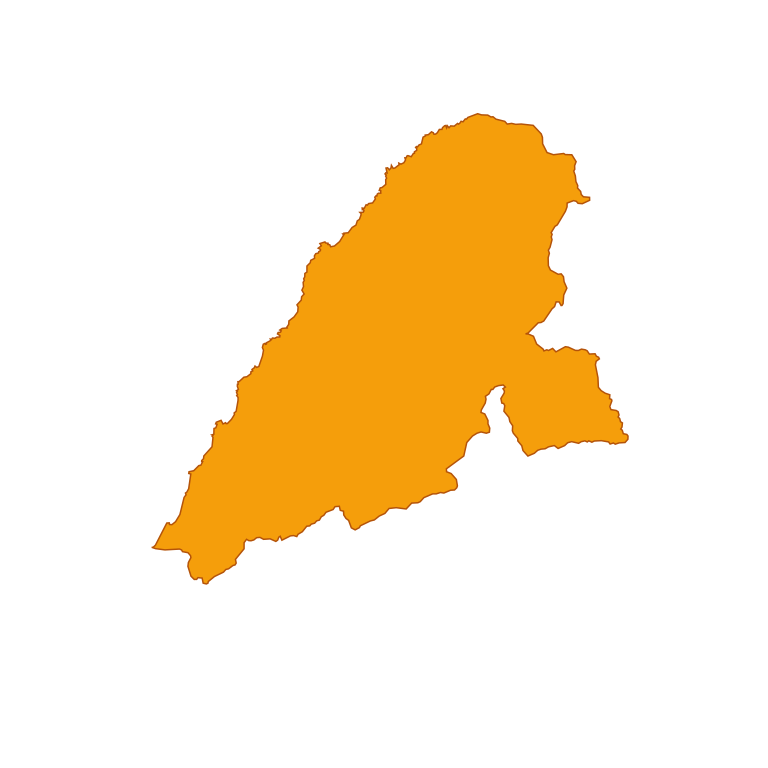 outline of Huarmey, Áncash, Peru, rotated 56°
{"feature_id": "86281439B24455260096548", "entity_name": "Huarmey", "entity_type": "district", "adm_level": 2, "iso_a3": "PER", "parent_name": "Peru", "parent_adm1": "Áncash", "projection": "natural_earth1", "projection_center": [-77.958, -10.151], "detail": "fine", "context": "isolated", "style": "filled", "palette": "amber", "viewbox_px": 768, "rotation_deg": 56, "n_neighbors": 0, "source": "geoboundaries", "source_scale": "gbopen_adm2", "svg_char_len": 6170}
<svg xmlns="http://www.w3.org/2000/svg" viewBox="0 0 768 768"><g transform="rotate(56 384 384)"><path d="M352.0,160.8L348.9,154.1L349.0,151.4L342.3,137.1L339.5,133.2L336.4,131.0L338.0,124.3L340.1,122.4L342.7,122.1L345.4,118.8L346.7,110.8L344.2,109.2L340.3,114.0L337.2,114.5L334.3,113.3L329.8,114.0L327.8,112.4L323.5,111.7L318.5,109.0L313.5,107.6L312.7,105.8L309.6,103.9L307.1,100.4L299.0,100.1L295.1,105.5L293.4,106.1L288.7,115.3L283.3,119.4L273.6,118.2L268.1,114.7L264.6,113.8L253.0,115.7L245.2,124.9L242.4,129.6L239.3,132.5L237.4,136.5L233.8,137.0L227.0,143.1L223.4,144.2L222.4,146.0L219.1,147.6L215.4,152.7L212.3,155.2L209.9,165.4L210.5,167.4L209.7,168.4L210.8,171.9L209.3,173.2L210.2,175.4L210.2,176.9L209.1,177.3L209.5,181.6L207.3,184.4L207.9,186.8L205.2,187.1L206.6,188.8L204.2,188.3L203.8,189.3L204.2,192.1L205.3,193.6L203.9,195.8L205.5,199.2L205.7,201.5L204.9,202.9L203.3,202.6L201.5,203.6L202.1,207.8L200.7,210.6L201.5,210.9L201.2,213.6L205.9,218.7L205.4,221.4L206.2,223.7L205.3,224.3L205.5,225.5L207.3,225.3L208.6,226.3L208.5,228.9L209.7,229.7L209.3,230.8L210.8,234.3L208.0,236.5L207.8,237.5L208.9,239.2L208.2,240.2L210.3,240.9L211.7,243.8L211.2,247.0L209.2,248.2L210.7,248.9L211.0,254.3L210.4,255.8L206.9,255.6L208.8,257.4L209.4,259.8L206.8,260.1L206.1,261.6L210.8,263.4L209.9,264.3L210.4,265.7L212.1,265.3L212.6,266.4L214.8,266.7L215.5,268.3L219.5,270.9L220.0,275.7L219.3,277.5L220.9,279.7L221.9,278.6L224.0,280.0L222.7,281.9L222.8,283.4L224.1,284.8L223.5,285.3L224.0,287.2L225.8,287.7L227.5,292.2L225.8,295.9L226.4,297.8L225.4,298.6L227.3,302.1L225.9,303.7L227.4,304.5L227.7,303.5L229.2,303.7L230.0,305.2L228.3,308.0L230.0,307.7L231.4,309.0L233.8,312.4L233.8,314.9L236.6,318.4L236.4,322.9L238.6,329.1L236.6,332.8L237.3,333.0L236.6,334.2L237.9,334.1L241.1,341.1L241.9,347.9L240.4,351.5L238.2,351.1L236.9,352.5L236.1,351.7L234.3,353.6L233.2,353.5L231.7,358.6L234.4,358.7L234.6,362.6L236.9,361.4L237.9,362.2L237.8,364.1L238.7,365.1L237.8,367.7L238.8,370.0L241.0,371.3L240.5,375.6L242.2,377.3L243.1,381.9L248.1,385.3L248.1,387.8L250.8,389.7L251.9,391.8L253.5,392.1L254.5,394.2L258.3,396.3L260.3,399.6L264.7,399.9L265.6,403.5L268.2,405.7L269.7,411.9L272.2,412.2L275.9,415.1L278.1,421.1L278.5,427.5L281.3,429.7L282.5,432.7L283.4,432.9L281.0,437.3L281.0,440.2L282.4,439.5L283.2,440.8L282.1,443.0L282.9,444.3L285.7,443.2L286.7,444.1L285.2,446.6L285.1,448.8L283.5,450.8L284.2,452.5L283.3,453.1L284.3,453.4L284.5,454.6L284.1,458.1L285.1,459.1L284.9,460.0L283.8,459.8L283.5,461.8L285.7,464.4L288.6,465.0L292.9,469.2L299.5,478.0L299.1,480.2L297.0,480.9L298.0,482.4L298.1,485.3L299.7,485.5L299.5,487.6L301.0,488.6L301.3,493.6L300.0,496.4L301.0,502.8L300.4,503.8L302.6,505.0L302.3,505.7L303.9,506.9L307.0,507.7L307.1,510.1L308.0,509.6L308.6,511.0L310.9,511.4L311.2,512.6L313.6,512.5L316.2,514.4L324.0,521.9L324.2,524.4L325.7,525.1L328.0,530.2L329.2,535.9L328.6,537.0L327.5,537.0L327.1,539.8L323.0,539.4L321.9,544.4L322.9,545.9L324.1,544.9L326.3,547.9L325.8,549.8L330.5,553.2L329.9,555.2L331.0,554.7L331.3,555.7L332.6,555.6L339.9,561.7L342.9,573.6L345.0,575.4L345.5,577.9L346.3,578.5L347.0,577.8L348.9,581.2L348.1,583.2L349.5,590.2L347.7,594.7L349.0,595.9L350.6,594.5L361.6,604.5L363.4,608.0L363.4,609.6L365.2,610.1L366.2,613.1L378.1,626.2L381.6,633.8L382.0,638.5L380.5,640.4L379.0,639.7L377.8,641.8L389.8,663.6L390.3,666.7L389.5,667.9L392.8,665.4L399.0,658.4L406.5,645.8L408.4,644.6L410.3,644.8L414.3,640.8L418.2,640.4L420.0,641.2L422.6,646.0L425.5,648.5L435.4,651.5L439.9,650.6L441.2,648.6L440.5,646.5L443.2,643.3L448.0,645.3L450.4,643.1L450.7,641.4L449.5,640.1L448.8,632.2L450.2,622.2L449.3,618.9L450.3,616.2L450.0,610.8L450.7,608.6L449.8,606.7L446.3,605.2L442.4,592.2L437.3,588.7L435.9,584.8L438.2,583.7L439.6,581.9L440.5,579.1L440.2,575.5L441.8,572.6L445.4,570.7L448.7,565.0L454.0,561.7L454.0,559.5L452.2,556.9L452.2,555.2L456.4,556.0L457.6,546.5L459.1,543.7L461.7,541.6L460.5,539.3L460.8,534.3L458.7,527.6L460.1,524.9L459.5,522.7L460.6,519.3L459.8,516.4L460.7,513.7L459.0,510.2L459.2,507.3L457.9,503.8L459.6,496.4L458.3,493.2L460.4,489.4L464.3,490.9L466.8,488.7L470.1,490.6L474.2,490.7L477.3,489.6L485.0,491.5L488.8,489.5L489.3,484.7L488.3,482.9L489.9,471.9L491.3,468.0L490.8,461.7L491.8,455.6L490.0,449.4L493.4,443.0L500.0,435.5L498.2,427.7L501.4,422.3L501.8,419.7L500.5,414.5L502.3,405.1L504.3,402.1L505.5,397.9L507.9,395.3L509.3,388.2L511.3,384.8L510.7,381.7L509.5,380.1L503.6,377.4L495.8,378.4L491.7,381.2L489.2,379.7L488.3,358.1L478.8,348.1L476.6,339.7L476.8,334.4L478.0,330.4L482.0,326.7L482.9,323.6L479.7,321.0L475.2,320.1L472.4,318.2L465.2,317.2L461.8,319.5L459.9,317.7L456.4,310.7L453.6,307.9L450.9,306.8L450.9,302.6L448.5,298.1L449.4,296.8L448.4,293.9L449.4,289.9L451.5,285.7L454.4,285.1L454.4,288.0L457.0,288.0L458.7,289.4L461.4,295.2L465.7,297.0L467.1,295.7L469.5,296.0L473.6,299.8L481.6,299.1L485.6,300.7L490.6,300.7L494.5,303.7L497.1,304.3L503.9,303.6L506.1,304.9L512.2,304.3L516.9,306.0L524.2,305.0L525.5,298.0L524.9,293.7L525.8,290.3L527.8,286.6L528.1,282.7L530.3,277.2L534.8,275.7L536.1,268.7L535.4,264.6L536.7,260.7L542.0,255.8L542.1,252.8L543.5,249.2L545.7,247.9L545.6,246.0L548.5,244.2L548.9,241.5L552.5,235.5L557.6,230.2L560.2,230.1L561.2,226.8L563.2,225.9L564.3,222.0L567.3,216.9L566.2,212.7L563.6,210.8L561.6,210.9L559.0,213.4L555.5,212.3L553.7,212.9L552.8,210.8L549.6,208.1L547.5,209.0L544.4,207.9L542.3,208.4L541.1,206.5L537.9,205.4L535.8,206.3L532.1,210.2L528.9,209.4L525.4,204.5L524.1,204.0L522.3,205.2L519.2,202.8L515.3,205.8L510.9,207.7L506.6,208.1L498.4,203.1L486.3,198.0L483.8,195.4L483.6,191.4L481.8,191.1L479.7,192.4L477.0,192.1L474.0,197.0L470.0,197.0L468.1,198.1L465.5,200.8L464.9,204.1L463.2,206.5L456.5,210.6L454.5,212.8L453.5,223.5L448.8,224.3L448.2,228.9L446.7,229.9L446.0,232.9L443.9,232.6L436.2,235.1L428.0,233.4L423.3,236.4L421.6,238.6L422.3,236.1L419.5,221.9L420.8,219.5L421.1,216.3L415.7,202.8L415.2,199.3L412.2,195.4L413.9,192.9L418.0,193.3L418.4,192.5L417.5,190.6L410.7,185.2L406.8,178.8L399.9,177.5L395.4,175.2L391.8,175.5L390.4,178.3L382.6,182.3L377.9,181.6L371.1,177.3L368.1,173.8L365.0,172.9L363.5,169.9L358.3,164.0L355.6,163.1L353.9,160.9L352.0,160.8Z" fill="#f59e0b" stroke="#b45309" stroke-width="1.5"/></g></svg>